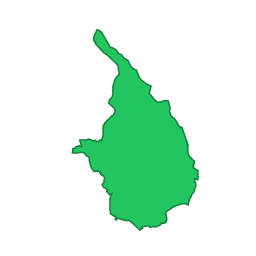 outline of Odorheiu Secuiesc, Harghita, Romania, rotated 258°
{"feature_id": "2599482B50966601311858", "entity_name": "Odorheiu Secuiesc", "entity_type": "district", "adm_level": 2, "iso_a3": "ROU", "parent_name": "Romania", "parent_adm1": "Harghita", "projection": "robinson", "projection_center": [25.322, 46.315], "detail": "fine", "context": "isolated", "style": "filled", "palette": "green", "viewbox_px": 256, "rotation_deg": 258, "n_neighbors": 0, "source": "geoboundaries", "source_scale": "gbopen_adm2", "svg_char_len": 5690}
<svg xmlns="http://www.w3.org/2000/svg" viewBox="0 0 256 256"><g transform="rotate(258 128 128)"><path d="M230.5,118.2L226.5,115.1L223.3,113.1L222.9,113.0L222.6,112.9L221.9,112.9L220.4,113.1L219.3,113.0L218.8,114.3L217.8,113.9L217.0,114.0L216.9,113.8L216.7,113.9L213.0,116.2L207.8,119.2L206.6,120.1L203.5,123.0L198.6,126.3L196.8,127.6L195.6,128.5L192.3,130.4L191.0,131.4L187.3,130.8L185.3,130.8L183.9,130.7L182.8,130.4L182.1,130.3L181.7,130.0L181.1,128.2L180.5,127.9L180.2,127.3L179.3,126.6L178.6,125.8L177.6,124.8L177.3,124.7L176.2,124.3L174.4,123.3L173.8,122.9L172.7,122.3L171.6,122.0L170.6,121.5L170.0,121.6L166.9,120.7L165.8,120.7L165.0,120.5L163.9,120.0L163.4,119.7L162.2,119.4L161.8,119.0L161.2,118.4L160.8,117.8L160.4,117.4L160.3,116.9L160.0,116.4L159.4,115.9L159.2,115.7L158.3,115.2L157.7,115.0L157.3,114.8L156.6,114.1L156.1,114.3L155.2,114.9L154.8,115.4L154.1,115.7L152.5,117.1L151.2,117.8L150.8,118.0L150.3,118.4L149.0,119.0L148.0,118.8L147.2,119.1L146.8,118.9L146.5,118.6L145.7,118.1L145.3,117.5L144.2,116.9L143.6,116.2L143.4,115.7L143.4,114.9L142.8,114.0L141.0,111.6L140.8,111.3L140.8,110.9L140.5,110.5L140.0,110.0L139.6,109.4L139.9,109.0L138.4,107.8L138.3,107.5L138.3,106.9L137.5,106.3L136.4,105.2L135.5,105.0L135.5,104.4L134.8,104.2L134.6,104.4L133.8,104.3L133.2,103.5L132.0,103.3L130.9,103.0L129.9,103.1L129.3,102.7L128.8,102.9L128.1,103.0L127.4,102.6L126.8,102.4L126.4,102.2L125.6,102.0L125.4,101.6L125.0,101.6L124.6,101.4L123.2,100.5L121.2,99.7L121.7,98.9L122.0,98.2L122.1,97.7L121.9,97.3L121.3,96.8L121.0,96.2L120.9,95.6L121.2,95.0L121.6,94.5L123.0,93.3L122.3,91.8L122.5,91.7L122.9,90.9L123.5,90.1L123.8,89.7L123.9,89.8L124.3,89.3L124.7,88.5L124.9,88.3L125.2,87.5L125.4,86.6L125.3,86.3L125.0,85.8L124.9,85.5L125.0,84.2L125.2,83.4L125.5,82.7L125.6,81.4L125.8,80.7L126.2,79.2L126.3,78.3L125.4,78.3L124.1,78.4L123.4,78.4L121.5,78.6L121.0,78.7L120.1,79.2L119.7,78.9L119.5,78.2L119.7,77.7L119.8,77.5L120.7,76.7L120.9,75.8L120.6,75.2L120.5,74.3L120.6,73.6L120.5,73.2L120.1,72.8L119.8,72.5L119.5,71.7L119.5,71.4L119.4,71.0L119.0,70.1L119.1,69.7L117.2,69.2L115.2,68.4L114.4,71.7L114.1,72.8L114.2,74.8L114.0,77.5L113.4,78.4L113.3,79.7L110.7,80.9L109.3,81.5L108.9,82.1L108.2,83.5L107.7,83.7L107.0,83.8L104.3,83.4L103.7,83.4L102.7,83.6L100.7,83.4L98.6,83.6L96.9,83.9L93.4,85.1L92.5,85.9L92.4,86.6L92.3,88.4L91.9,89.0L92.4,89.6L90.2,91.8L90.0,91.2L88.6,91.5L88.6,92.1L87.3,92.5L87.2,93.0L86.8,93.7L86.2,93.6L86.0,94.0L86.1,93.9L86.5,94.1L86.3,94.2L85.8,94.4L83.9,94.7L83.2,94.6L83.1,94.3L82.7,94.0L79.8,93.1L79.3,92.6L78.9,92.0L78.5,91.6L78.4,91.0L76.5,91.3L74.9,91.8L74.3,92.9L72.2,94.9L71.9,95.2L70.2,94.0L70.1,94.4L69.5,94.8L68.9,95.1L68.2,95.3L66.6,95.9L66.7,96.6L67.2,98.6L65.4,97.4L64.3,96.6L62.6,95.6L61.0,95.2L59.1,95.1L58.7,94.9L58.3,94.7L56.9,94.5L53.9,93.9L52.4,93.3L50.6,93.4L49.3,93.2L48.2,93.1L47.8,93.1L45.5,95.1L44.3,96.5L44.6,96.8L43.9,97.6L42.8,97.9L42.5,97.9L42.0,98.0L41.7,97.5L42.3,97.3L42.3,97.2L41.9,96.5L41.0,96.7L41.1,97.1L40.9,97.4L40.6,97.5L40.8,98.0L41.3,98.1L41.5,98.1L41.9,99.2L41.3,100.2L38.7,105.0L38.6,104.9L38.0,106.6L37.6,107.3L37.5,107.8L37.5,108.2L37.7,108.6L37.6,109.4L34.9,112.0L25.6,118.5L26.5,119.9L26.8,121.4L27.5,121.4L27.9,121.2L28.2,121.2L28.3,121.9L28.3,123.9L28.3,125.0L28.2,126.3L28.2,126.6L28.1,127.4L27.9,127.9L27.7,128.4L26.1,128.9L26.3,129.3L26.2,129.6L26.3,130.2L26.5,131.1L26.4,131.3L26.3,131.6L26.3,132.1L26.3,132.5L26.1,133.1L25.8,133.6L25.6,134.1L25.5,134.6L25.5,135.0L26.2,137.6L26.0,138.0L26.5,139.1L26.7,139.4L27.2,140.6L27.5,140.9L28.0,141.0L27.9,141.1L27.4,143.0L27.7,144.0L27.6,145.3L28.0,145.4L28.2,145.5L28.2,145.4L29.3,145.9L29.1,146.2L30.8,147.0L35.2,147.3L35.6,146.5L36.5,147.0L37.3,147.3L38.0,148.2L38.8,149.4L39.6,151.1L39.5,152.1L40.3,153.2L40.5,153.2L41.2,155.7L41.7,157.4L42.0,158.2L42.1,158.9L42.1,160.2L42.6,164.5L42.3,165.8L42.4,166.2L42.5,166.7L41.8,168.8L41.5,169.3L41.2,169.8L40.2,170.9L43.5,172.3L46.4,173.9L46.5,174.1L46.8,174.4L46.9,174.9L50.0,176.8L51.5,179.0L53.0,179.9L55.9,181.3L56.1,181.7L56.6,182.1L57.3,182.4L57.9,182.4L60.6,182.7L61.2,182.2L61.5,182.1L64.2,182.8L64.5,182.8L64.3,183.5L63.9,184.2L63.0,185.2L63.3,185.3L63.1,185.6L64.4,185.9L65.6,186.5L66.8,186.4L71.9,187.6L72.2,187.0L73.1,186.2L74.2,184.7L74.5,184.9L75.1,184.2L76.0,183.6L77.9,184.3L77.7,184.5L81.7,186.2L82.0,186.0L82.2,185.7L82.4,185.7L83.5,184.6L84.3,184.0L85.4,183.7L86.3,183.1L86.9,182.4L88.5,181.7L89.3,181.8L90.0,181.5L90.5,181.4L90.9,181.4L91.3,181.5L91.6,181.7L92.5,181.8L94.2,181.8L95.9,182.5L97.7,182.7L98.6,183.3L98.7,182.9L99.0,182.8L100.7,183.0L101.6,183.0L102.9,182.8L103.3,182.7L104.4,182.3L105.1,182.3L106.9,182.2L108.3,181.8L109.3,181.9L110.4,181.9L110.6,181.8L111.7,181.5L113.8,181.3L114.6,181.2L115.2,181.0L117.2,181.0L117.8,180.0L117.3,179.7L119.4,178.1L119.9,177.9L122.5,177.5L127.9,175.2L128.2,174.5L128.6,174.1L129.0,173.8L129.7,173.6L130.0,173.3L130.3,173.1L131.5,172.5L132.3,172.5L132.5,172.4L133.1,172.5L134.5,172.2L135.1,172.0L136.0,172.1L136.5,172.2L137.0,172.7L137.4,172.8L137.6,173.0L138.4,173.4L139.5,173.2L146.1,173.1L146.8,170.6L147.0,170.5L147.2,169.9L147.2,169.7L147.3,169.4L147.3,169.2L147.1,168.9L147.1,168.1L147.0,167.6L146.8,166.4L146.8,164.9L146.9,164.6L146.8,164.0L146.9,163.4L147.0,162.1L151.8,158.8L152.2,158.6L152.9,158.4L155.5,157.2L156.7,155.9L159.5,157.1L161.0,157.6L164.3,159.3L165.0,158.4L165.7,157.2L166.7,156.0L167.8,154.8L171.9,151.2L174.7,149.9L177.3,149.2L180.5,148.6L182.7,148.4L184.4,146.2L186.8,144.0L192.0,142.3L193.6,142.4L197.3,138.5L201.3,136.8L202.4,134.5L206.0,133.0L207.8,131.8L208.0,131.4L209.7,129.5L210.5,127.6L227.5,121.9L227.8,121.5L227.7,121.5L228.5,120.9L229.4,120.3L229.9,119.4L230.5,118.2Z" fill="#22c55e" stroke="#15803d" stroke-width="1.5"/></g></svg>